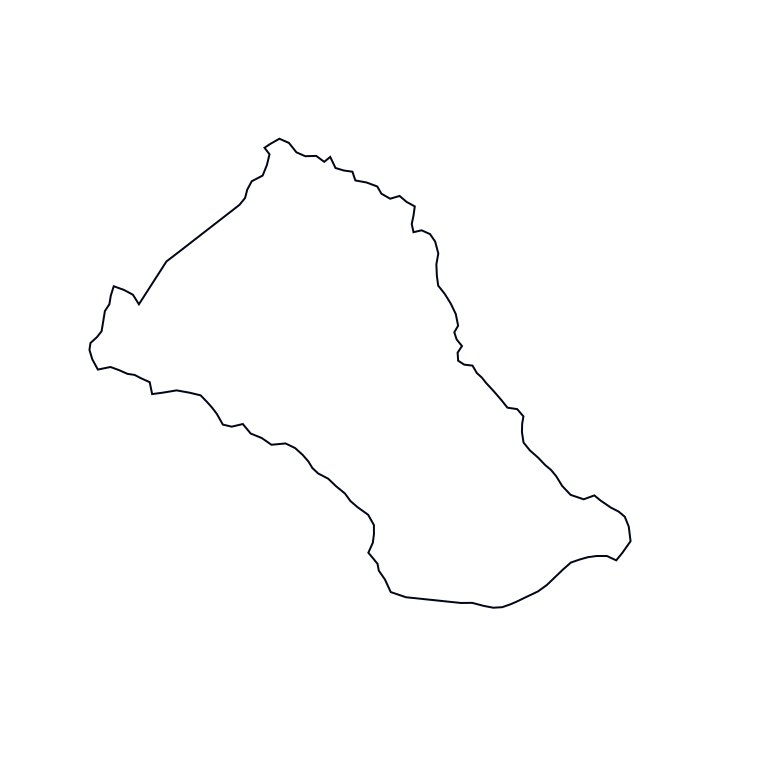 Tanquinho, Bahia, Brazil (Albers equal-area conic projection), rotated 112°
{"feature_id": "56859067B21110119970991", "entity_name": "Tanquinho", "entity_type": "district", "adm_level": 2, "iso_a3": "BRA", "parent_name": "Brazil", "parent_adm1": "Bahia", "projection": "albers", "projection_center": [-39.095, -11.948], "detail": "fine", "context": "isolated", "style": "outline", "palette": "ink", "viewbox_px": 768, "rotation_deg": 112, "n_neighbors": 0, "source": "geoboundaries", "source_scale": "gbopen_adm2", "svg_char_len": 1988}
<svg xmlns="http://www.w3.org/2000/svg" viewBox="0 0 768 768"><g transform="rotate(112 384 384)"><path d="M203.4,464.2L203.7,475.7L206.0,486.8L199.0,492.8L201.1,501.3L201.9,509.9L193.6,518.9L200.4,522.7L197.9,532.3L202.3,542.4L202.0,552.0L196.1,562.4L195.8,572.9L203.9,579.3L209.7,583.3L213.9,576.2L224.9,574.6L236.2,574.6L245.6,582.6L255.1,583.6L263.5,582.5L272.0,585.1L337.4,623.1L351.8,631.6L401.9,641.1L395.3,650.2L394.2,660.4L394.6,671.2L404.5,670.4L412.9,668.5L420.9,670.1L431.1,667.8L440.9,665.6L448.3,667.8L455.9,671.5L462.7,669.9L470.4,663.7L477.8,654.7L470.7,644.0L470.4,635.0L470.7,625.7L469.0,618.6L469.7,611.6L470.1,601.9L480.2,595.2L475.1,586.2L467.6,573.9L464.9,561.0L463.2,549.8L466.9,541.5L470.4,534.4L474.4,527.7L482.0,518.2L480.6,509.2L474.0,499.9L479.9,489.0L479.9,477.1L482.5,465.6L476.0,453.0L476.7,442.4L480.2,432.8L484.2,425.0L488.7,419.0L491.6,411.6L492.7,400.3L496.7,390.3L500.2,379.1L505.1,371.3L508.1,362.5L511.2,349.7L518.6,340.5L526.9,337.1L535.3,334.9L546.3,335.3L549.9,328.5L553.2,322.6L559.0,318.9L564.9,309.9L574.4,299.8L573.5,283.8L558.2,230.6L553.9,220.3L552.4,208.6L550.5,198.9L546.6,190.7L540.7,184.0L535.8,179.2L528.8,172.9L518.6,163.5L509.1,157.6L499.3,153.2L488.4,148.3L479.5,143.8L473.4,136.8L468.2,130.1L463.9,122.6L460.0,112.9L460.5,102.6L451.4,99.8L437.4,96.5L424.6,103.6L416.9,111.0L414.4,118.5L413.6,127.5L410.9,139.7L408.5,147.2L416.1,155.7L416.9,169.4L411.8,180.6L405.1,189.6L401.1,197.0L398.7,204.4L394.6,213.4L390.9,223.9L386.0,232.7L376.9,238.1L369.1,241.0L361.8,242.6L357.4,251.1L359.7,260.7L355.0,269.0L349.7,279.3L344.8,289.7L341.4,295.7L339.0,302.1L333.8,308.8L336.0,316.9L334.6,324.0L327.3,327.5L319.6,325.9L315.5,333.3L309.7,338.2L302.2,337.1L292.2,343.7L284.3,352.4L277.6,361.6L272.5,370.6L263.9,375.5L253.4,380.3L242.7,382.5L232.8,389.9L227.8,397.4L227.4,406.7L232.2,413.5L225.3,418.2L216.5,419.8L207.8,422.0L206.7,431.3L203.8,440.0L209.9,447.7L208.5,457.8L203.4,464.2Z" fill="none" stroke="#020617" stroke-width="2"/></g></svg>